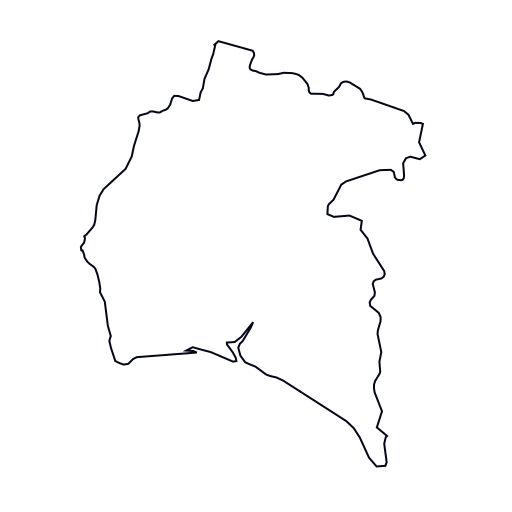 the Autonomous Community of Huelva, rotated 357°
{"feature_id": "ESP-5824", "entity_name": "Huelva", "entity_type": "Autonomous Community", "adm_level": 1, "iso_a3": "ESP", "parent_name": "Spain", "parent_adm1": "", "projection": "natural_earth1", "projection_center": [-6.789, 37.509], "detail": "fine", "context": "isolated", "style": "outline", "palette": "ink", "viewbox_px": 512, "rotation_deg": 357, "n_neighbors": 0, "source": "natural_earth", "source_scale": "10m", "svg_char_len": 2689}
<svg xmlns="http://www.w3.org/2000/svg" viewBox="0 0 512 512"><g transform="rotate(357 256 256)"><path d="M110.0,353.5L106.3,340.0L105.1,333.0L106.8,328.3L104.4,318.1L102.6,293.6L98.3,284.0L98.8,280.5L98.1,273.7L96.7,266.2L94.9,260.4L93.6,258.5L89.3,255.0L87.4,253.0L85.4,249.8L85.2,249.5L84.6,247.7L84.4,245.6L83.1,241.4L82.2,241.5L81.8,241.1L81.6,237.9L82.4,236.6L85.1,233.6L85.4,232.1L85.9,230.7L86.1,229.2L85.5,227.3L87.8,225.7L94.4,218.8L96.1,216.3L97.4,211.7L99.6,196.8L103.0,187.5L107.4,181.2L130.3,162.2L137.1,150.2L139.9,139.7L145.3,125.3L146.6,119.8L146.5,116.7L145.8,113.8L145.6,111.3L147.4,109.4L155.2,107.8L157.9,106.1L161.1,106.3L164.3,107.3L167.3,107.7L170.4,106.1L173.6,105.2L175.5,104.0L178.1,100.6L180.5,94.2L182.7,91.8L187.0,92.2L201.0,97.9L207.3,97.2L209.3,89.7L211.7,85.8L213.8,76.5L218.5,67.1L221.8,56.8L223.8,52.2L226.3,43.5L225.5,42.9L229.7,39.5L263.3,50.8L264.6,53.1L264.7,55.3L263.9,57.4L262.6,59.2L261.6,61.2L259.9,65.3L259.5,67.5L260.2,69.3L262.3,70.6L265.6,71.4L268.7,73.1L275.5,75.3L287.2,75.5L293.2,74.5L301.3,75.2L304.8,76.1L308.1,77.4L311.5,80.2L316.2,86.6L316.9,88.7L317.5,91.0L317.3,93.3L317.9,95.4L319.4,96.8L331.2,97.6L337.3,99.6L340.9,99.1L341.8,98.2L342.3,96.4L343.7,95.0L347.4,91.9L348.7,90.1L349.6,88.3L351.3,87.1L353.4,86.5L356.0,86.6L358.7,87.6L368.7,94.5L370.6,97.6L371.5,100.1L372.0,102.2L372.6,103.9L372.8,104.2L379.1,105.8L411.4,119.0L415.7,123.0L419.7,132.3L421.9,131.4L427.5,131.8L429.6,132.8L424.8,151.0L430.4,164.5L424.7,167.9L415.3,164.9L410.9,166.2L407.8,171.1L408.1,183.3L407.6,186.3L406.2,187.7L404.6,187.9L401.3,187.3L399.9,186.3L398.8,184.6L398.3,181.0L397.9,179.2L395.2,177.0L384.1,176.8L349.9,186.2L344.9,189.2L336.4,203.8L331.7,207.9L330.4,209.8L329.5,217.9L335.8,221.0L351.4,220.5L363.5,226.4L361.8,235.3L368.2,244.3L373.0,259.8L383.2,277.7L383.6,280.6L382.6,283.2L380.1,285.0L374.5,285.9L372.2,287.4L371.1,290.1L372.8,298.3L372.2,301.9L368.5,305.7L367.1,308.2L367.4,311.7L375.6,319.2L377.3,323.6L376.9,327.9L373.8,336.7L373.3,340.3L376.1,358.5L373.7,368.0L374.0,377.9L373.3,380.0L368.4,387.1L367.2,390.4L366.9,394.1L367.3,398.3L373.7,417.7L367.7,433.5L377.5,442.6L376.1,443.7L374.2,450.2L375.7,468.8L374.2,472.3L365.4,472.5L358.3,463.3L350.2,442.8L344.6,433.0L337.5,425.6L276.5,381.8L269.9,378.3L264.1,376.7L259.9,374.9L249.6,366.4L244.6,364.1L239.7,361.6L235.2,354.7L233.5,346.7L235.3,342.8L238.2,340.3L246.9,327.4L249.7,321.9L237.1,336.0L230.2,340.8L222.4,340.9L222.4,342.8L227.8,351.1L230.4,356.5L230.9,359.9L227.6,360.3L205.8,349.6L197.7,347.0L188.0,343.8L181.4,346.8L188.5,347.6L191.8,349.3L131.6,350.8L127.8,352.5L122.8,357.0L118.2,357.5L114.0,355.8L110.0,353.5Z" fill="none" stroke="#020617" stroke-width="2"/></g></svg>